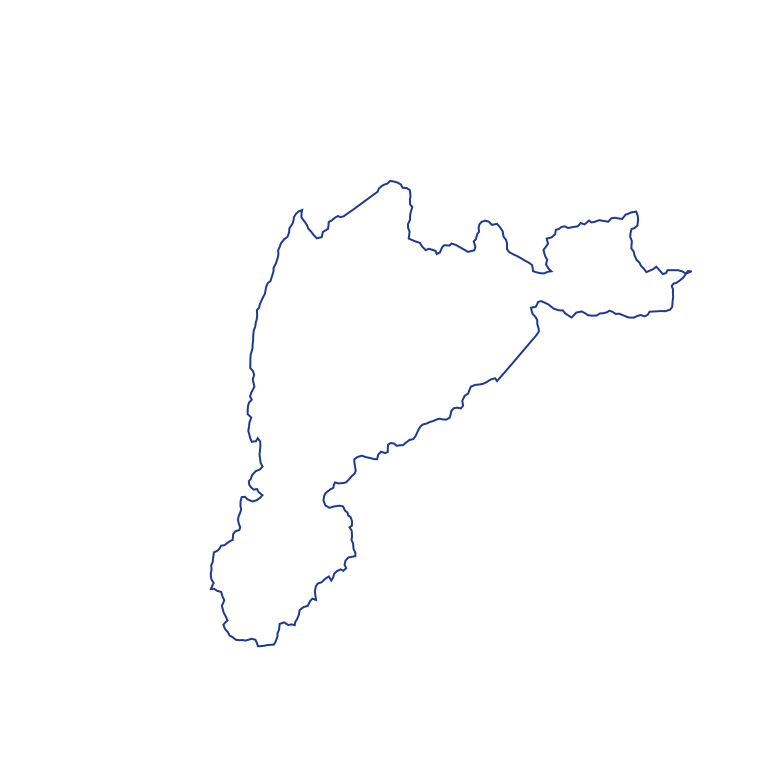 Apiaí, São Paulo, Brazil, rotated 129°
{"feature_id": "56859067B63180596630366", "entity_name": "Apiaí", "entity_type": "district", "adm_level": 2, "iso_a3": "BRA", "parent_name": "Brazil", "parent_adm1": "São Paulo", "projection": "mercator", "projection_center": [-48.824, -24.415], "detail": "fine", "context": "isolated", "style": "outline", "palette": "blue", "viewbox_px": 768, "rotation_deg": 129, "n_neighbors": 0, "source": "geoboundaries", "source_scale": "gbopen_adm2", "svg_char_len": 6006}
<svg xmlns="http://www.w3.org/2000/svg" viewBox="0 0 768 768"><g transform="rotate(129 384 384)"><path d="M108.1,218.7L108.8,223.1L110.7,227.4L114.0,231.4L117.1,235.3L120.2,234.6L123.1,236.4L122.3,240.9L121.5,246.2L125.3,247.1L129.0,249.0L131.9,250.5L130.9,254.5L130.4,258.8L128.8,262.2L128.7,265.6L126.4,270.2L123.9,273.4L123.0,277.1L120.2,279.1L117.0,281.3L114.7,285.3L111.2,287.6L107.8,289.1L105.4,287.5L101.4,286.8L96.5,289.8L93.6,292.7L91.3,296.5L95.1,299.9L97.6,301.0L100.3,302.8L105.8,302.8L107.4,305.3L109.4,309.1L112.1,311.6L116.7,311.8L119.0,315.8L121.2,319.8L125.6,322.5L127.9,324.5L128.0,327.5L133.8,328.6L135.1,332.5L139.5,332.6L142.9,335.8L146.9,339.0L147.7,342.7L150.1,344.8L153.8,345.8L156.0,347.5L159.9,345.3L164.6,346.0L168.6,349.1L171.8,344.8L176.3,344.5L179.3,344.5L181.3,342.0L183.1,339.4L184.8,335.3L189.1,333.4L190.8,328.6L191.1,324.9L193.7,327.3L197.2,329.1L199.1,331.6L201.2,335.6L202.5,339.2L200.3,341.5L198.4,343.7L198.5,347.4L199.5,352.5L200.2,357.8L200.9,361.3L201.9,365.2L202.7,369.5L201.8,373.3L197.5,376.7L195.2,379.8L194.3,383.8L190.7,387.8L189.2,392.3L188.4,397.0L192.4,400.2L191.9,404.9L193.4,408.2L196.6,410.2L199.9,410.3L203.1,408.8L205.9,405.9L208.8,405.9L213.7,403.7L216.7,404.0L220.0,399.2L223.4,398.0L228.5,401.9L229.2,406.7L230.7,415.6L232.3,419.9L235.2,420.2L238.3,424.6L241.2,424.8L246.6,423.3L249.8,424.8L248.1,427.6L250.6,434.2L253.7,435.8L253.2,441.0L251.7,444.8L253.7,450.1L255.4,456.3L249.6,459.9L247.4,463.6L244.7,466.0L240.3,467.0L235.5,470.5L232.3,471.9L228.6,473.4L228.0,476.7L224.3,480.0L221.7,481.4L219.6,483.3L217.1,485.9L217.4,489.6L219.8,493.1L218.3,496.5L219.0,500.3L220.6,504.1L222.2,506.9L226.1,507.5L229.1,509.4L231.8,510.4L235.2,511.0L238.6,510.0L268.6,517.9L271.6,518.8L279.1,520.9L281.5,522.7L282.6,525.6L285.8,526.8L289.4,527.5L292.9,528.9L295.8,526.9L298.6,525.1L304.3,527.2L309.0,524.8L313.1,527.9L312.5,532.3L311.5,536.6L310.9,540.7L309.0,543.8L308.1,546.7L307.4,549.5L306.5,553.0L303.3,555.5L300.3,557.1L303.6,558.9L307.1,559.5L311.0,559.0L313.9,557.2L316.7,556.1L322.5,555.5L325.8,553.2L330.3,551.6L334.4,552.7L339.6,552.6L342.6,551.5L346.7,550.4L349.6,547.7L352.4,546.2L357.9,544.0L363.2,542.9L366.1,540.7L371.4,538.6L375.5,537.0L378.6,537.8L382.4,536.8L386.0,534.9L389.0,533.3L393.2,532.5L399.7,530.8L403.4,529.1L406.5,529.3L409.8,526.3L413.8,523.6L417.2,522.2L420.7,520.0L424.2,519.0L428.6,516.2L432.1,513.4L435.9,511.0L439.1,508.6L442.1,507.3L444.6,506.3L447.4,504.5L451.5,501.3L455.7,498.1L456.5,493.8L458.6,490.7L463.0,488.9L465.5,485.8L467.7,483.0L474.7,481.6L477.9,480.3L479.5,476.9L483.4,477.2L486.4,476.0L489.8,473.7L493.2,471.0L493.6,466.0L498.9,464.2L502.1,462.0L505.7,460.1L507.8,457.2L510.2,454.0L512.1,450.4L509.1,447.5L505.6,448.0L506.6,444.1L510.0,441.0L514.3,438.2L517.3,436.3L519.9,433.4L523.0,430.2L524.6,426.4L528.5,426.7L532.6,428.9L538.0,429.1L541.5,427.8L544.7,427.8L547.1,425.3L548.0,422.3L548.1,418.8L545.6,416.6L546.9,413.4L546.9,408.5L550.4,408.7L554.3,409.7L557.9,412.2L559.5,417.3L559.2,421.1L561.5,423.4L565.5,421.6L569.3,418.6L571.3,416.1L575.0,414.6L577.6,414.0L581.4,412.1L584.2,408.6L585.8,405.6L588.6,404.5L592.1,406.9L595.6,406.7L600.4,403.5L603.0,404.8L606.6,405.8L609.8,406.6L612.1,408.8L615.6,408.2L618.4,408.5L621.9,410.2L625.8,407.9L630.1,405.1L633.6,404.2L636.8,401.2L640.5,399.2L642.8,397.1L644.7,394.7L645.8,391.2L649.1,390.4L652.2,389.5L650.1,387.2L649.8,383.8L648.1,379.6L650.7,376.0L652.6,372.0L655.8,371.0L658.4,370.5L662.5,364.8L664.0,361.2L666.3,356.7L669.0,357.3L672.2,357.3L674.4,353.5L675.2,349.0L676.7,345.6L676.0,342.3L676.1,338.3L673.9,334.9L672.0,332.8L670.4,330.0L667.9,328.3L665.3,326.6L663.7,323.0L665.0,320.3L667.1,316.9L665.3,314.8L662.5,312.1L659.9,310.0L658.0,307.9L655.8,305.6L652.9,306.0L649.8,307.0L647.0,308.0L644.9,309.8L640.8,311.0L636.2,314.1L632.1,311.6L631.6,306.8L628.9,304.4L627.6,301.6L625.1,303.1L621.4,303.6L617.0,304.9L612.7,307.3L607.7,306.0L604.5,303.6L599.4,304.8L595.9,304.6L594.6,300.9L591.5,304.3L588.8,307.1L584.5,309.5L581.0,310.0L577.5,307.8L572.5,307.1L568.3,305.8L569.9,301.3L566.2,301.8L562.8,303.3L559.1,302.8L555.4,301.1L554.7,298.0L550.9,297.5L549.3,300.9L545.3,302.8L541.2,302.5L535.9,298.0L533.3,299.8L531.4,303.8L527.3,307.8L525.7,311.1L522.7,312.8L518.3,316.8L517.1,320.6L514.2,319.8L510.7,322.6L508.5,326.2L508.7,329.2L506.9,331.5L506.9,334.7L504.9,338.7L506.6,342.1L508.7,344.0L511.0,346.1L514.5,348.5L515.3,353.0L512.7,357.7L508.8,360.0L505.8,360.8L502.9,360.1L499.4,359.3L496.5,358.0L494.2,359.4L491.4,360.2L489.8,356.7L486.9,353.6L484.5,351.7L479.6,351.1L475.2,351.1L472.2,350.4L469.4,351.2L466.4,354.5L463.5,357.8L461.1,359.7L457.4,358.6L453.7,356.2L452.1,351.7L450.4,348.6L448.6,344.5L446.8,342.0L442.6,344.0L438.5,343.8L436.9,339.6L434.5,338.3L431.6,340.5L428.7,342.7L425.6,341.6L423.9,338.6L424.1,335.3L421.6,333.1L419.6,330.7L415.9,330.1L411.5,329.0L408.4,326.6L404.8,326.7L401.2,327.6L397.0,328.5L394.1,328.9L391.3,328.5L387.5,325.7L384.8,324.6L382.1,322.6L378.0,320.5L375.7,318.6L374.5,315.9L372.3,313.1L368.9,311.8L366.3,312.8L362.8,314.6L359.0,314.6L356.4,312.3L354.6,308.9L351.1,308.9L347.8,312.6L342.6,313.9L338.5,312.6L335.0,313.8L331.4,314.8L327.3,312.6L324.5,309.7L321.9,307.4L318.2,305.5L313.3,303.9L309.6,301.2L310.6,298.0L288.4,297.2L249.8,296.3L245.7,296.7L243.7,298.6L240.8,302.8L238.0,305.0L236.6,308.3L236.0,312.7L234.2,315.3L232.2,317.8L228.5,314.6L223.2,315.8L220.7,314.1L219.6,310.1L218.7,306.3L218.7,299.6L216.6,294.3L214.3,291.4L215.1,287.2L214.3,280.1L210.6,279.7L207.6,279.6L203.2,276.0L202.5,272.5L202.2,268.8L200.3,265.8L197.1,261.9L193.3,260.6L191.3,258.4L188.2,256.0L185.2,255.0L184.1,251.9L183.8,248.1L181.3,245.4L180.2,241.7L178.4,235.8L175.3,231.7L171.5,229.8L168.9,227.9L167.4,224.1L164.3,222.6L160.7,223.1L156.9,218.9L153.4,215.1L150.3,211.1L146.2,208.5L142.8,208.5L137.9,211.9L134.4,214.0L131.2,217.0L128.7,218.7L126.8,222.1L123.9,222.2L121.4,220.4L117.9,219.4L113.3,218.4L108.1,218.7ZM108.1,218.7L102.8,215.9L105.0,218.9L108.1,218.7Z" fill="none" stroke="#1e3a8a" stroke-width="2"/></g></svg>